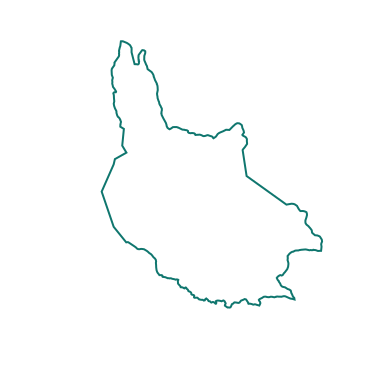 Corredores, Puntarenas, Costa Rica, rotated 126°
{"feature_id": "36466004B38265631296352", "entity_name": "Corredores", "entity_type": "district", "adm_level": 2, "iso_a3": "CRI", "parent_name": "Costa Rica", "parent_adm1": "Puntarenas", "projection": "orthographic", "projection_center": [-82.937, 8.537], "detail": "fine", "context": "isolated", "style": "outline", "palette": "teal", "viewbox_px": 384, "rotation_deg": 126, "n_neighbors": 0, "source": "geoboundaries", "source_scale": "gbopen_adm2", "svg_char_len": 5968}
<svg xmlns="http://www.w3.org/2000/svg" viewBox="0 0 384 384"><g transform="rotate(126 192 192)"><path d="M163.7,53.0L160.2,55.0L158.3,56.8L157.4,57.2L155.7,57.6L154.4,58.8L154.1,59.3L153.0,62.1L152.9,62.7L153.4,64.9L154.7,67.1L154.4,70.7L154.1,71.2L152.7,72.5L152.4,73.1L151.7,75.5L151.5,76.6L151.2,77.6L151.1,80.1L150.6,81.6L149.8,82.5L148.2,83.6L145.3,84.5L143.1,85.4L142.0,86.3L141.1,87.5L141.2,88.6L141.8,90.4L142.6,91.7L143.6,92.9L143.7,93.2L143.5,94.2L142.9,96.0L141.5,98.9L141.6,101.7L142.0,102.9L142.9,104.5L146.7,108.2L147.0,157.2L128.3,175.7L127.4,175.8L124.6,175.6L120.8,175.7L120.2,176.1L118.5,177.6L117.3,178.4L116.7,179.0L116.1,180.6L116.1,181.5L116.4,183.5L116.4,184.2L116.2,184.8L113.3,184.9L111.9,186.5L110.5,189.0L109.3,190.2L108.6,191.2L108.6,193.4L108.7,194.1L109.5,195.5L110.3,196.2L112.1,196.9L113.8,197.2L114.5,197.4L119.8,198.2L121.6,201.0L124.7,202.6L126.6,203.8L128.2,204.7L130.0,205.3L132.6,205.2L133.5,205.3L135.9,206.2L135.9,206.5L135.4,207.6L135.4,208.8L135.8,209.7L136.6,212.4L137.0,213.0L138.9,214.3L139.9,215.3L140.3,216.3L140.4,217.5L141.0,219.4L142.1,220.7L142.7,221.5L143.8,222.7L143.8,223.1L143.2,223.9L143.2,224.5L143.8,225.9L144.7,227.2L145.3,227.7L146.0,229.2L146.0,230.2L145.0,231.1L145.0,231.8L145.1,232.5L146.0,234.2L146.1,234.7L147.2,236.5L148.0,241.2L148.2,241.4L148.4,242.5L149.7,244.3L150.8,245.6L152.7,246.2L154.4,247.0L154.5,247.5L154.5,249.4L154.3,249.9L153.4,251.5L152.9,251.8L151.5,253.7L149.2,258.6L148.1,260.7L147.4,262.0L146.5,262.7L146.3,263.2L145.8,263.3L144.7,264.0L143.6,264.4L142.2,265.5L141.4,267.2L140.9,267.9L140.5,269.0L139.8,270.3L138.5,271.6L138.0,272.6L136.2,275.1L135.2,275.9L134.0,277.2L133.0,278.1L129.7,279.6L127.1,281.7L126.0,282.8L125.5,283.8L125.0,284.1L123.2,287.7L121.8,289.7L121.2,290.8L120.9,290.9L120.1,291.9L119.3,293.5L118.7,295.2L118.7,300.1L116.6,302.5L115.7,304.4L115.1,305.1L114.9,305.7L114.2,306.7L113.8,307.5L113.1,308.4L109.9,310.6L107.3,311.4L106.3,312.0L105.6,312.6L105.6,314.1L106.0,314.7L106.1,315.2L106.7,315.7L112.3,315.7L113.4,315.3L113.9,314.9L114.0,314.7L114.6,314.5L116.0,313.3L116.3,312.8L116.6,312.8L116.7,312.5L117.1,312.2L117.2,311.9L117.5,311.9L117.7,311.4L118.0,311.3L119.3,310.5L120.2,310.5L120.7,310.9L121.4,312.3L121.8,312.8L122.3,313.6L114.5,323.0L111.7,325.0L110.8,325.8L110.8,326.1L110.4,326.8L110.0,327.6L109.6,328.7L109.6,331.2L109.7,332.4L110.7,336.5L110.9,336.6L111.2,337.3L111.9,338.1L116.1,335.8L117.5,335.4L120.1,334.3L120.9,333.9L121.1,333.6L122.3,332.7L123.0,332.4L123.9,331.5L125.3,330.9L132.7,330.8L133.1,330.7L133.5,330.2L134.4,329.8L135.2,329.3L138.8,329.3L139.0,329.2L139.6,329.2L140.9,328.5L144.4,325.7L146.1,323.2L148.4,322.3L149.9,321.0L151.1,320.3L151.6,319.8L152.1,319.1L153.4,317.7L154.1,315.4L155.3,312.5L155.6,312.3L156.1,312.3L157.0,313.5L157.6,313.7L158.2,313.7L158.6,313.5L159.1,312.7L159.9,311.9L161.8,310.4L164.3,308.2L166.6,307.2L168.2,305.5L169.6,303.5L171.0,300.7L172.4,299.6L173.9,297.7L174.7,296.2L174.7,295.1L175.0,294.0L175.7,292.5L175.9,292.4L176.8,290.9L177.1,290.6L179.1,289.8L179.4,289.5L179.7,289.5L181.3,288.4L181.0,284.2L195.5,275.7L198.7,268.2L210.7,273.7L215.7,271.6L244.8,265.3L266.2,234.9L271.4,215.6L270.3,214.5L270.1,214.0L269.8,206.6L269.8,204.7L270.1,203.2L269.9,202.0L269.1,200.8L268.1,199.9L267.3,198.7L266.5,197.1L266.2,193.9L266.3,191.9L266.5,191.0L266.4,188.5L266.7,187.1L267.4,184.9L267.6,182.9L268.1,181.5L269.3,180.2L270.5,179.6L272.2,178.1L274.0,176.7L276.1,174.7L277.1,173.3L277.7,172.0L277.8,171.3L278.4,169.5L277.2,167.8L277.0,167.3L277.1,166.7L277.8,166.3L277.9,165.9L276.6,163.5L276.0,160.9L275.3,160.0L275.1,159.4L274.2,158.4L273.9,157.1L272.8,154.7L272.6,153.8L271.7,153.0L271.2,152.0L271.2,151.4L272.3,151.1L273.0,150.6L273.6,150.0L274.1,149.7L274.4,149.2L275.1,145.9L275.7,145.2L275.4,144.6L275.0,144.2L274.7,143.4L274.5,141.6L273.2,141.2L272.9,140.9L272.9,140.6L273.0,140.1L273.4,139.7L273.4,138.2L273.9,137.1L274.2,136.8L274.3,136.5L273.9,135.2L273.9,133.7L274.3,133.1L275.1,132.4L275.1,131.7L274.4,130.1L274.4,129.7L274.6,129.2L275.9,128.6L276.1,128.3L276.1,127.9L274.4,125.6L274.4,124.8L274.6,124.0L274.7,123.2L274.6,122.9L274.4,122.8L274.2,122.0L273.8,121.2L272.9,120.0L272.9,118.7L272.2,118.0L271.9,118.0L271.7,118.3L271.4,118.3L269.8,117.9L269.9,115.8L270.4,114.8L270.5,114.4L269.9,113.3L270.1,112.1L270.1,111.4L268.7,110.5L268.4,109.8L268.3,108.4L268.5,107.8L268.5,107.2L268.4,107.0L267.8,107.0L267.1,107.4L266.3,108.5L265.7,108.3L264.6,107.3L263.6,105.5L263.0,103.8L261.9,103.3L261.2,102.7L261.3,101.1L261.7,100.7L262.2,99.4L262.5,99.2L263.9,99.0L264.6,98.6L264.6,95.7L264.5,95.3L264.3,95.2L264.0,94.6L263.8,94.4L263.6,93.9L262.7,93.1L260.5,93.4L259.8,93.7L259.0,93.7L258.1,93.1L256.6,92.9L256.2,92.6L256.1,92.3L255.7,91.8L254.5,89.3L253.6,88.6L251.1,88.5L249.1,87.2L247.7,86.5L247.2,85.3L247.2,85.0L248.5,81.5L249.2,80.9L249.2,80.5L248.3,79.5L248.0,78.9L247.5,77.7L247.2,76.4L246.8,75.9L246.1,75.4L245.6,74.6L245.2,73.2L244.3,70.8L242.1,71.2L241.5,71.6L240.9,72.4L240.4,73.9L240.0,74.5L239.0,74.4L236.6,73.1L235.2,72.6L234.4,72.2L233.3,70.8L232.9,69.6L231.9,67.9L230.3,66.6L229.5,65.2L229.4,64.8L228.7,63.4L228.0,62.9L227.5,62.4L227.2,62.4L226.3,61.4L225.7,60.3L224.6,58.8L224.4,58.3L222.4,56.6L221.9,55.9L221.5,55.0L220.5,50.2L220.0,48.9L219.6,48.4L218.7,45.9L217.6,47.0L217.4,48.1L216.8,49.7L216.0,50.8L215.5,52.0L213.7,54.2L213.7,55.8L214.3,57.7L214.4,60.5L215.5,63.2L215.5,64.0L215.2,65.4L214.2,66.9L213.5,69.0L213.0,69.5L213.0,70.1L212.7,71.1L211.7,72.9L210.7,72.9L209.5,72.7L207.9,72.1L207.2,71.5L206.9,70.4L206.3,70.0L205.7,69.8L203.7,69.9L202.5,69.7L198.4,69.6L196.0,70.3L193.5,71.7L192.5,72.6L192.3,72.9L191.7,73.6L190.9,74.7L189.5,75.4L189.1,75.9L188.4,76.2L187.7,77.0L185.0,76.9L183.0,76.5L182.9,76.4L181.5,75.8L180.6,74.9L179.3,74.4L178.3,73.6L176.8,71.6L175.8,70.9L174.4,69.5L171.8,66.5L171.3,65.6L170.1,62.7L169.2,61.9L168.6,60.7L167.9,60.1L167.6,60.0L167.6,59.8L167.4,59.7L166.3,57.7L165.7,55.5L163.7,53.0Z" fill="none" stroke="#0f766e" stroke-width="2"/></g></svg>